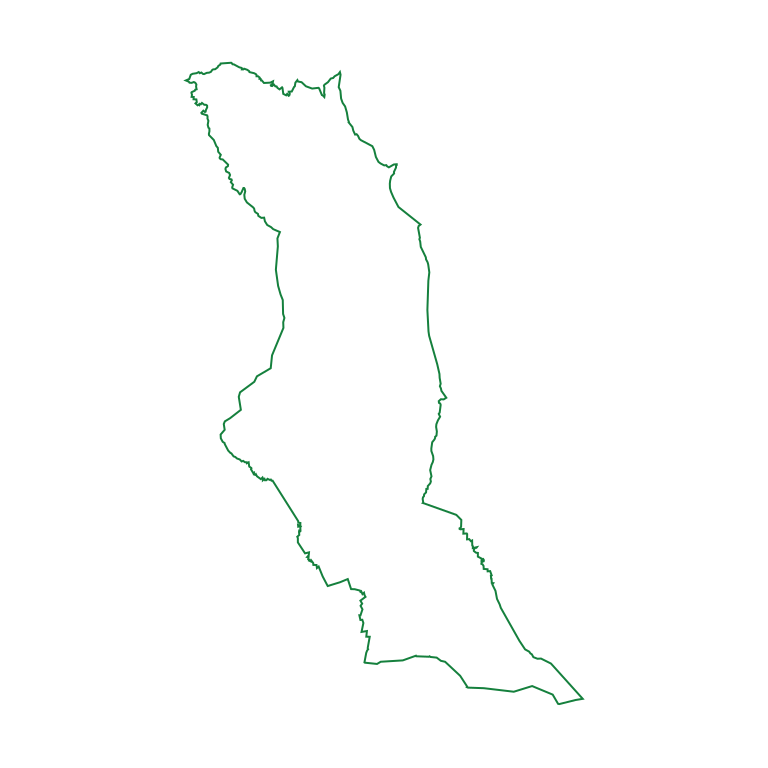 the district of Queréndaro, Michoacán, Mexico, rotated 177°
{"feature_id": "50627088B26818306159924", "entity_name": "Queréndaro", "entity_type": "district", "adm_level": 2, "iso_a3": "MEX", "parent_name": "Mexico", "parent_adm1": "Michoacán", "projection": "equal_earth", "projection_center": [-100.842, 19.727], "detail": "fine", "context": "isolated", "style": "outline", "palette": "green", "viewbox_px": 768, "rotation_deg": 177, "n_neighbors": 0, "source": "geoboundaries", "source_scale": "gbopen_adm2", "svg_char_len": 6153}
<svg xmlns="http://www.w3.org/2000/svg" viewBox="0 0 768 768"><g transform="rotate(177 384 384)"><path d="M411.7,697.8L413.3,695.8L417.2,693.9L418.7,692.3L421.2,691.8L424.2,688.3L427.8,686.0L428.4,685.0L428.0,683.1L428.6,677.6L428.1,676.1L428.6,673.7L430.1,675.5L430.9,675.8L433.3,682.6L433.9,683.2L440.3,682.8L446.4,685.4L450.5,689.7L454.1,690.6L454.6,692.0L456.7,689.6L457.5,685.9L458.3,685.3L460.8,680.9L463.7,680.9L462.9,678.7L463.5,677.1L464.2,676.8L465.5,678.8L466.6,677.4L469.4,679.0L469.9,685.0L470.3,685.6L472.9,683.7L474.9,685.3L475.7,686.8L476.9,686.9L478.3,688.8L480.1,687.4L481.1,687.6L481.4,688.3L479.6,689.6L479.0,692.1L481.8,690.9L488.1,690.9L490.2,693.6L490.9,693.6L491.2,695.1L492.4,695.3L492.1,696.5L493.7,697.9L495.2,698.0L495.2,699.5L495.8,700.2L497.5,701.2L502.0,702.5L502.3,703.5L504.1,704.9L507.2,706.2L508.0,705.5L509.5,705.6L509.3,706.4L509.6,707.1L511.9,707.8L517.3,711.1L518.5,711.2L519.5,712.7L520.1,712.8L530.4,712.6L530.8,711.5L532.8,710.3L533.6,708.9L536.1,707.2L538.2,707.1L539.1,706.6L540.5,704.8L542.3,704.1L544.7,704.0L547.5,702.9L548.5,703.1L550.1,704.6L551.7,704.0L552.7,705.2L554.9,704.2L558.9,703.8L560.8,702.9L562.5,698.8L566.0,697.5L563.1,696.1L562.5,695.1L560.3,694.8L558.1,695.5L556.7,694.7L555.7,693.0L556.1,690.8L555.7,688.1L557.1,687.8L557.6,686.8L560.8,685.5L561.1,684.9L560.6,682.9L561.1,680.8L559.0,680.6L559.3,678.3L556.5,678.0L556.2,675.3L557.6,674.1L555.6,672.1L554.4,672.8L553.9,672.2L553.2,673.4L552.3,672.9L551.1,674.2L548.8,672.2L547.1,672.1L546.1,671.3L546.1,669.5L547.5,667.0L547.9,665.3L548.6,665.0L550.1,666.4L552.2,664.3L551.8,663.5L546.5,661.5L546.2,660.1L546.4,658.4L545.6,656.0L546.5,652.0L545.9,649.1L545.0,648.3L545.1,645.5L545.8,642.9L545.7,641.7L541.2,636.6L539.0,630.4L537.6,628.6L537.4,624.6L535.0,621.4L536.3,618.8L536.2,617.9L535.2,617.0L533.3,616.7L528.2,611.2L528.5,609.7L530.6,608.5L531.1,607.0L530.5,604.5L527.6,602.9L526.8,600.8L528.1,597.9L527.5,596.8L525.6,596.3L525.3,595.4L526.4,593.6L524.3,590.9L525.3,588.4L525.1,587.3L520.3,584.6L518.2,581.0L517.5,581.1L516.2,582.9L514.1,587.1L513.4,587.0L512.9,586.1L512.5,583.7L513.6,580.2L513.4,576.3L511.4,572.5L505.3,567.1L504.5,565.9L504.2,563.7L503.5,562.3L501.0,560.5L500.7,558.5L497.8,556.3L495.0,556.4L494.4,552.7L492.3,548.9L488.6,546.6L486.5,544.4L480.0,541.2L482.8,535.0L482.8,527.0L486.0,503.8L484.6,487.5L482.6,478.8L480.7,473.2L481.1,459.2L480.0,455.2L481.4,451.0L481.5,445.3L494.3,418.5L496.3,405.7L510.5,398.3L513.4,393.0L528.2,383.2L529.7,378.8L528.3,365.7L539.5,357.9L544.9,355.0L546.1,352.4L545.5,346.6L549.8,342.1L549.8,338.3L548.1,334.7L546.3,333.4L546.1,332.2L543.1,325.7L540.9,323.1L540.1,322.8L538.0,319.6L536.3,318.9L534.7,317.3L532.0,316.2L530.2,314.1L528.7,314.6L527.0,313.2L525.2,313.0L525.1,312.1L523.3,312.9L522.9,308.6L520.9,307.1L520.8,306.6L521.3,305.8L519.3,302.0L518.5,302.3L518.7,300.5L517.4,300.0L516.7,300.7L515.7,298.5L511.9,295.4L510.2,297.0L509.7,295.8L509.9,294.3L508.3,295.5L507.9,294.1L506.4,294.1L505.3,295.4L503.1,294.2L502.0,294.5L501.4,293.3L500.3,293.3L476.9,251.6L476.8,250.0L474.8,249.6L475.0,246.9L477.2,247.7L477.1,246.0L475.7,246.4L474.6,246.0L475.1,245.2L475.1,242.2L476.3,242.2L476.4,241.6L475.8,241.0L476.6,240.6L476.5,237.7L478.6,236.0L478.1,234.7L478.3,230.3L471.7,219.0L467.7,219.8L468.1,217.0L469.7,215.3L468.4,215.1L468.9,213.1L467.8,212.5L468.2,211.6L466.1,210.5L465.8,211.5L464.1,209.0L464.0,207.0L460.9,206.8L460.6,203.7L458.8,205.1L455.3,195.0L450.8,185.2L438.4,188.3L430.4,191.1L427.6,180.9L424.0,180.6L418.9,179.0L418.4,177.7L417.6,178.2L416.5,175.3L414.9,176.6L414.4,173.9L413.6,172.4L418.9,168.9L417.3,165.8L419.0,163.7L417.3,160.1L419.6,154.2L420.7,154.3L419.9,149.6L418.0,149.7L417.1,146.4L419.4,137.6L414.0,138.2L414.9,132.6L411.5,132.3L414.0,121.6L414.1,120.6L413.7,120.0L414.8,118.7L415.8,116.5L418.1,107.0L417.7,106.7L405.6,104.8L401.8,106.8L379.7,107.0L366.3,111.0L366.0,110.4L353.6,109.3L352.7,109.7L352.0,109.0L345.7,108.0L341.7,104.6L337.5,103.4L323.2,88.6L316.8,77.5L317.2,77.0L316.1,76.4L300.2,75.0L270.5,69.9L251.9,74.6L231.8,65.0L226.9,55.5L225.7,55.2L209.2,58.4L202.0,59.2L231.9,96.1L241.6,101.6L245.1,101.6L249.1,103.4L250.5,106.3L251.9,107.3L253.0,109.1L257.0,111.6L262.2,120.4L279.1,154.4L280.0,157.8L282.4,163.5L283.5,171.6L286.3,178.1L285.3,179.4L286.8,179.7L286.8,183.9L287.2,184.0L287.3,187.1L286.5,187.3L287.8,191.6L290.3,191.5L290.3,193.6L294.1,194.1L294.1,197.1L295.0,198.7L296.2,199.3L295.8,201.0L294.8,201.3L294.6,202.0L293.7,201.9L293.5,202.9L294.1,204.0L295.0,203.6L295.2,201.9L295.9,202.1L295.6,204.5L299.3,206.7L299.1,210.4L300.9,210.7L303.0,212.5L303.0,213.6L301.9,215.5L300.3,215.6L299.8,216.2L303.9,215.5L303.7,217.3L304.3,218.0L304.2,223.1L305.5,222.5L306.8,224.3L306.2,224.6L309.2,224.5L308.8,229.8L309.2,230.4L312.6,230.4L312.1,235.0L315.4,234.9L316.1,235.3L316.1,235.9L315.2,236.3L314.5,237.4L313.9,244.2L318.6,249.5L351.3,263.1L351.0,263.3L351.4,267.2L351.0,268.8L350.0,269.8L349.7,271.7L347.7,273.5L347.2,277.0L345.9,277.0L345.6,279.8L343.1,282.3L342.3,284.2L342.7,286.7L341.4,289.3L342.4,295.6L340.8,300.8L339.4,303.4L338.6,306.1L338.7,309.4L340.2,314.6L340.1,317.2L338.9,323.3L336.5,326.0L335.8,327.4L335.7,328.6L334.3,329.7L333.7,333.8L334.2,338.4L333.8,341.1L332.1,344.8L329.7,348.4L330.9,351.3L329.9,352.5L328.5,360.2L328.9,361.6L330.1,362.3L330.2,364.0L328.0,365.8L325.2,365.5L322.5,367.0L327.0,374.1L327.4,376.6L328.3,378.9L327.4,381.3L328.1,387.2L328.1,391.1L329.8,400.9L336.4,429.8L336.8,434.2L336.8,455.7L334.3,484.8L332.9,493.1L333.6,501.0L334.1,503.3L335.5,506.3L335.6,508.3L340.1,519.0L340.4,524.4L341.1,526.8L340.5,528.1L341.8,538.1L341.1,540.0L339.2,541.3L360.3,560.0L364.8,569.8L366.9,575.5L367.8,579.3L367.7,583.8L367.2,586.8L365.9,590.9L362.9,593.7L363.0,595.2L360.7,599.5L360.5,601.4L359.8,602.0L359.8,602.8L362.7,602.7L367.8,600.1L369.6,601.3L370.2,602.4L372.4,602.3L375.9,604.4L377.9,606.1L380.2,611.1L381.6,618.4L383.2,622.1L394.3,628.7L395.8,630.2L396.9,633.1L398.3,634.9L399.8,634.6L401.4,638.6L402.1,642.3L405.6,647.1L405.3,647.4L406.1,650.0L406.9,657.2L408.3,663.2L410.6,666.9L411.9,671.3L412.2,679.1L413.7,682.8L411.2,695.1L411.7,697.8Z" fill="none" stroke="#15803d" stroke-width="2"/></g></svg>